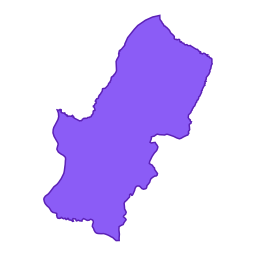 the district of District #2, Grand Bassa, Liberia
{"feature_id": "62588387B28377115536759", "entity_name": "District #2", "entity_type": "district", "adm_level": 2, "iso_a3": "LBR", "parent_name": "Liberia", "parent_adm1": "Grand Bassa", "projection": "orthographic", "projection_center": [-9.849, 6.418], "detail": "fine", "context": "isolated", "style": "filled", "palette": "violet", "viewbox_px": 256, "rotation_deg": 0, "n_neighbors": 0, "source": "geoboundaries", "source_scale": "gbopen_adm2", "svg_char_len": 5712}
<svg xmlns="http://www.w3.org/2000/svg" viewBox="0 0 256 256"><path d="M57.9,218.2L58.6,218.3L59.7,218.4L60.6,218.1L61.2,217.4L61.7,217.5L62.2,218.1L62.8,218.4L63.9,218.8L64.5,218.4L64.9,218.3L65.4,218.4L65.7,219.1L66.0,219.5L66.4,219.5L67.2,219.2L67.5,218.5L68.0,218.3L68.4,218.6L68.8,219.5L69.1,219.9L69.7,220.0L70.5,220.1L71.5,220.3L72.6,221.4L73.4,221.2L72.7,219.7L73.0,218.6L73.4,218.6L74.4,218.9L75.2,218.8L75.8,219.4L76.1,220.6L76.4,220.9L77.0,220.8L77.8,220.3L78.7,220.3L79.5,220.8L80.5,220.9L81.0,220.9L81.9,221.1L82.2,219.9L82.8,219.3L83.6,218.6L83.8,218.7L84.8,219.1L86.2,219.9L87.3,220.4L88.9,220.2L89.0,220.2L90.4,219.3L90.5,219.3L91.4,219.5L92.6,220.1L93.2,221.0L93.3,222.6L92.6,224.4L92.3,226.4L93.5,228.4L94.2,230.4L95.4,232.3L96.5,233.1L98.0,233.5L101.1,233.7L103.7,233.6L105.5,234.1L107.6,234.9L109.5,235.8L111.1,236.8L112.7,237.5L114.4,239.1L116.1,240.6L119.2,240.5L119.1,238.2L119.4,234.2L118.9,229.8L119.0,227.7L119.1,226.6L121.0,225.5L123.2,224.5L123.9,222.8L125.0,221.2L126.1,219.8L125.5,218.6L123.4,216.8L123.8,215.7L125.6,214.1L126.2,212.2L125.4,210.4L124.6,209.0L124.4,206.1L124.1,203.4L124.8,201.8L126.6,200.3L128.3,198.3L129.4,197.2L129.7,195.9L129.6,194.8L130.3,194.1L130.8,193.9L131.7,195.3L132.3,195.2L132.9,194.3L134.6,190.4L135.0,188.6L135.6,187.4L136.4,186.4L137.4,186.0L138.6,186.0L139.6,186.2L140.6,187.2L141.9,188.6L143.5,189.2L145.7,188.7L146.4,188.1L146.8,186.9L147.0,185.5L148.1,184.4L149.7,182.2L150.2,180.4L150.9,178.8L152.6,177.4L154.7,176.1L156.1,176.0L157.1,175.2L157.5,173.5L156.4,172.0L154.6,169.4L154.5,168.0L153.3,166.8L152.3,165.2L150.9,164.5L149.3,163.5L149.7,161.3L150.8,159.1L152.1,156.4L154.3,153.1L156.6,150.6L157.4,148.8L157.9,146.9L156.9,145.0L156.0,143.9L155.1,142.4L153.2,142.6L151.3,143.0L150.0,142.3L151.3,138.8L151.4,136.9L153.0,136.4L154.3,136.1L155.6,135.1L157.2,134.1L159.7,134.7L162.2,134.8L164.7,135.0L166.2,134.3L167.6,134.3L170.0,135.1L173.7,136.4L176.7,137.9L179.4,138.8L181.0,138.3L183.6,136.8L187.0,135.2L187.7,135.1L188.4,133.8L188.8,133.3L188.7,132.9L188.6,132.6L188.4,132.2L188.6,131.2L189.3,130.4L189.7,129.3L189.5,128.5L189.5,127.6L189.2,124.9L189.5,124.1L190.9,123.4L191.0,123.1L191.0,122.6L191.4,121.8L190.7,121.5L190.3,120.9L190.2,119.9L189.9,119.9L189.5,119.3L188.8,118.7L188.2,117.5L188.4,116.2L188.5,114.9L190.9,112.5L191.0,111.7L191.6,110.6L192.0,110.3L192.4,108.9L192.5,108.8L193.2,107.8L193.5,107.0L194.2,106.3L194.7,105.9L195.4,104.1L195.9,102.7L196.7,102.0L196.7,101.3L197.0,100.7L197.4,100.0L197.8,100.0L198.6,98.5L198.8,96.9L199.7,96.2L201.6,92.2L201.4,90.9L202.2,90.3L202.3,89.3L203.9,86.1L205.0,85.1L204.4,84.1L205.2,83.2L204.8,81.9L206.1,81.3L205.5,80.3L206.2,79.3L206.3,77.4L208.8,74.3L210.0,71.5L209.8,70.4L210.8,68.5L211.3,65.4L212.2,63.8L211.9,62.9L211.9,59.0L211.1,58.4L211.0,58.1L210.1,57.8L209.7,57.7L209.3,57.2L209.0,56.4L208.3,56.5L207.5,56.3L207.0,55.7L207.1,55.3L207.7,54.9L207.2,54.7L205.9,54.7L205.5,54.2L205.0,53.6L203.8,53.2L203.1,53.4L202.6,53.9L201.4,53.5L200.1,53.3L199.9,52.8L200.7,52.1L200.5,51.8L199.0,51.2L197.5,49.4L196.4,49.3L194.3,48.1L192.6,47.0L191.0,46.1L190.5,45.5L189.8,45.6L188.9,45.6L187.9,45.6L187.3,45.0L186.9,44.6L186.3,44.7L185.3,44.9L184.5,44.5L184.1,44.0L183.9,43.3L183.5,43.2L182.7,43.2L181.9,42.6L181.7,42.1L181.3,41.7L181.1,41.8L180.8,42.1L180.4,42.1L180.2,41.9L180.2,41.6L179.8,41.1L179.7,39.9L179.2,39.4L178.5,39.4L178.0,39.6L177.0,39.8L176.7,39.4L175.5,39.4L174.5,39.0L174.2,38.3L174.3,37.6L174.2,36.9L174.3,36.4L172.9,34.8L170.7,32.9L170.0,31.5L169.4,30.3L167.8,28.6L166.6,27.4L165.5,26.7L164.9,26.0L164.0,25.9L163.4,24.3L162.4,23.3L161.7,21.8L160.2,19.8L159.9,19.0L159.8,16.2L159.8,15.4L152.6,17.0L145.5,20.2L137.8,25.5L134.4,29.2L127.7,37.6L124.9,43.8L124.7,45.3L121.4,49.3L119.9,50.3L120.1,50.4L120.0,50.9L119.6,51.3L119.5,51.2L119.2,51.4L118.8,53.1L119.1,53.3L118.6,54.0L119.0,55.0L118.6,56.5L116.8,59.6L116.5,60.6L116.1,61.3L116.5,70.2L116.4,71.1L115.8,72.4L115.2,73.4L114.5,74.4L114.3,74.4L113.5,75.5L113.5,75.8L113.2,75.8L112.3,76.6L111.5,77.1L111.2,78.0L111.3,78.2L111.1,78.6L111.1,79.1L110.7,80.6L110.0,81.6L110.0,82.4L109.2,82.8L108.5,83.8L108.4,84.5L107.7,85.7L105.5,88.0L105.0,88.3L102.9,88.6L102.6,88.7L102.5,89.0L102.2,91.2L100.7,93.5L100.4,94.1L99.5,94.9L99.5,95.5L99.0,95.8L98.7,96.1L98.4,97.9L97.9,98.5L96.7,98.8L96.3,99.5L96.0,99.7L95.8,100.6L95.3,101.0L95.4,101.5L96.1,101.7L96.2,102.2L96.0,103.3L95.2,103.7L94.8,104.2L94.6,104.9L94.2,105.6L93.6,105.8L93.3,106.1L93.4,106.8L94.2,107.3L94.6,108.4L94.9,109.4L94.9,110.4L94.6,110.6L93.8,110.6L93.3,111.0L93.1,112.0L93.1,113.3L92.7,114.0L92.5,114.6L91.4,115.3L91.5,115.9L91.2,116.6L90.2,117.0L89.7,117.0L89.3,117.5L88.1,117.4L87.5,117.7L87.0,118.2L86.1,118.4L85.7,118.2L85.1,118.5L84.5,118.5L84.1,118.2L82.3,119.4L81.9,120.3L81.3,120.7L80.1,120.7L79.5,120.9L78.5,120.3L78.1,120.1L74.6,118.3L73.3,117.2L73.7,116.9L72.5,115.4L71.8,115.8L71.6,116.3L70.7,116.2L68.8,116.1L67.9,116.4L67.8,116.2L67.0,115.9L67.3,115.4L66.9,114.9L65.6,114.7L65.1,114.0L65.0,113.2L64.6,112.9L64.0,113.0L63.9,113.3L61.5,112.6L61.2,112.5L61.2,111.5L61.2,110.0L60.4,110.4L60.5,109.7L60.1,109.4L59.3,109.9L58.5,110.2L57.2,109.9L58.4,112.9L58.7,116.7L58.0,119.5L55.4,124.5L53.8,127.4L53.2,129.6L53.1,131.0L53.0,132.9L54.1,136.4L54.8,137.6L56.5,140.6L57.6,142.4L58.2,144.0L57.5,146.6L57.0,148.4L56.9,149.3L57.5,150.5L58.4,152.1L60.8,153.9L63.3,155.3L64.5,156.4L65.4,157.4L65.6,159.2L65.4,160.5L65.2,164.3L64.3,171.2L63.8,173.4L61.3,178.5L58.6,182.5L57.0,184.4L53.9,186.8L50.7,191.1L48.5,193.8L45.4,196.1L44.2,197.8L43.8,199.1L44.2,201.1L44.8,202.9L45.7,204.3L47.3,206.1L48.9,207.4L49.8,208.7L51.3,211.2L52.9,212.4L55.2,212.9L56.6,213.4L56.9,214.1L56.6,215.1L57.2,217.4L57.9,218.2Z" fill="#8b5cf6" stroke="#5b21b6" stroke-width="1.5"/></svg>